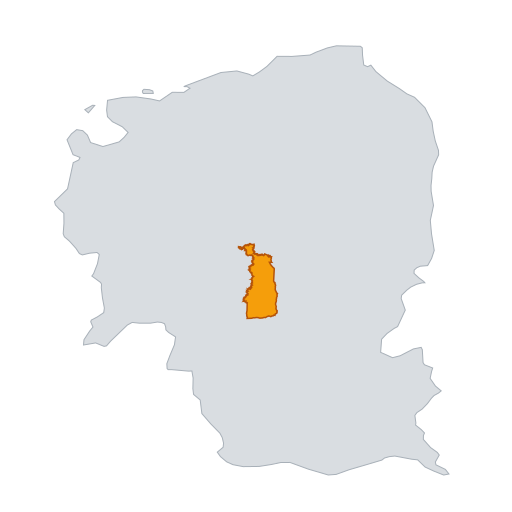 Santuk, Kâmpóng Thum, Cambodia shown in context, rotated 93°
{"feature_id": "14789045B50738302536957", "entity_name": "Santuk", "entity_type": "district", "adm_level": 2, "iso_a3": "KHM", "parent_name": "Cambodia", "parent_adm1": "Kâmpóng Thum", "projection": "natural_earth1", "projection_center": [105.23, 12.591], "detail": "fine", "context": "in_parent", "style": "filled", "palette": "amber", "viewbox_px": 512, "rotation_deg": 93, "n_neighbors": 0, "source": "geoboundaries", "source_scale": "gbopen_adm2", "svg_char_len": 8593}
<svg xmlns="http://www.w3.org/2000/svg" viewBox="0 0 512 512"><g transform="rotate(93 256 256)"><path d="M463.6,51.9L464.9,57.1L461.5,67.1L457.9,76.1L451.1,83.9L450.8,89.7L448.5,106.9L449.4,112.4L451.0,117.1L453.2,119.6L459.2,136.5L464.6,151.9L469.9,164.5L470.9,172.4L466.1,192.6L460.4,211.2L460.9,220.4L463.4,229.7L466.0,242.0L467.0,257.8L465.6,268.1L463.1,274.5L458.2,281.0L453.9,284.4L448.7,278.8L444.6,278.6L439.1,280.2L434.8,282.8L426.0,292.4L416.2,301.8L402.7,304.2L397.5,311.1L391.8,312.1L381.2,312.4L374.2,314.0L374.5,317.5L373.9,334.0L374.1,337.8L373.0,338.9L368.2,339.4L360.0,336.8L348.9,332.8L341.0,332.1L336.9,339.3L334.5,342.1L331.5,342.5L328.4,343.8L327.3,347.0L327.1,351.0L328.6,357.9L329.2,368.8L328.8,376.2L331.7,380.9L348.6,396.7L353.6,400.6L354.2,403.0L351.2,411.6L353.9,423.6L348.6,423.4L339.7,418.2L335.5,415.1L330.3,417.6L328.6,417.1L325.1,411.2L320.5,405.1L315.9,404.7L306.0,407.1L295.9,408.8L292.1,408.8L290.5,409.9L284.6,418.9L282.2,417.3L272.0,413.9L262.7,412.6L260.8,414.9L261.9,422.3L264.0,429.5L262.8,432.5L257.7,436.3L250.9,443.1L246.8,448.4L243.9,449.7L233.6,449.5L223.4,450.1L219.3,455.1L215.5,459.0L212.2,460.1L198.8,447.7L172.3,443.4L169.4,438.0L166.8,436.9L164.4,444.0L149.8,450.8L143.7,446.7L139.2,441.7L139.9,435.6L144.1,430.7L151.4,427.1L154.7,414.6L149.2,398.6L144.4,393.9L139.3,390.2L134.0,396.2L129.4,406.4L124.7,411.6L118.1,412.8L108.3,412.4L104.6,397.1L103.4,384.1L104.7,369.2L106.2,360.4L96.9,348.2L96.4,336.6L91.9,330.7L90.5,333.7L90.6,337.0L89.4,334.6L74.6,300.6L72.2,284.8L74.8,272.7L76.3,268.6L72.0,262.2L66.1,255.0L55.5,245.4L54.8,230.4L52.5,212.6L49.3,206.7L44.5,195.7L41.9,186.7L41.1,162.7L42.5,160.8L50.0,160.1L59.6,158.4L61.1,154.5L59.4,151.3L65.6,145.9L74.5,134.0L81.3,121.6L86.2,113.8L89.2,106.0L99.1,95.0L112.8,87.3L122.1,85.6L131.7,83.0L141.0,79.3L145.4,78.9L156.9,83.4L163.1,84.5L169.6,84.5L176.4,84.9L182.2,84.5L196.3,81.4L211.3,83.8L224.6,81.9L241.1,78.3L249.2,80.5L256.6,84.1L257.6,91.4L259.3,94.8L261.8,97.3L265.1,97.3L269.3,92.2L272.8,87.0L273.9,86.0L274.1,88.6L275.9,94.3L279.0,99.9L282.2,103.6L287.5,108.5L290.9,108.8L302.2,104.1L319.1,110.9L321.1,114.3L326.6,121.2L332.5,126.2L345.7,126.5L350.4,114.3L348.1,106.9L340.6,94.0L338.6,86.3L340.9,85.0L353.7,83.6L355.8,82.1L358.6,73.7L362.0,74.6L369.1,75.7L376.5,70.0L381.0,64.0L383.4,66.7L386.0,70.9L388.9,73.4L394.3,77.0L400.2,82.1L403.9,87.1L406.9,89.0L414.4,87.6L416.5,87.8L420.8,81.8L423.9,78.5L426.5,79.4L430.4,79.3L438.2,71.6L442.7,64.6L445.2,62.6L452.3,66.1L455.1,65.4L459.2,55.7L463.6,51.9ZM99.6,377.1L98.2,378.0L96.8,378.0L95.4,376.6L95.5,371.1L96.6,367.7L99.0,367.1L99.6,377.1ZM121.8,430.9L118.8,434.6L114.0,427.0L114.1,424.9L121.8,430.9Z" fill="#d9dde1" stroke="#a8b0b8" stroke-width="1"/><path d="M318.8,261.6L318.4,257.0L317.8,255.5L317.8,254.1L317.4,252.5L317.4,250.5L317.8,249.5L317.8,248.4L317.5,246.1L316.9,244.7L317.0,243.3L315.9,241.8L315.6,240.8L315.3,240.5L315.3,239.4L315.8,238.0L315.2,237.3L314.8,235.6L314.3,235.4L314.1,235.1L314.3,234.0L312.7,233.6L312.5,232.9L311.9,232.2L310.9,232.3L310.8,232.0L310.0,232.2L309.8,232.0L309.4,232.1L309.3,232.4L308.2,233.1L307.9,233.0L307.2,233.4L305.6,233.1L303.4,233.9L302.8,234.0L301.8,233.8L301.5,233.9L300.8,233.5L299.6,233.3L298.1,233.5L297.6,233.3L296.2,233.3L295.3,232.8L293.0,233.0L292.5,232.6L291.6,233.5L289.0,234.9L288.7,234.9L288.4,235.1L285.9,235.0L285.3,235.2L284.6,234.9L284.1,234.9L283.6,235.3L283.0,235.2L282.7,235.6L282.2,235.8L281.5,235.7L281.2,236.2L281.1,236.6L280.2,237.1L267.8,237.1L266.9,237.7L266.8,238.1L264.8,240.1L263.6,241.1L261.6,242.3L261.5,240.0L261.2,240.3L258.6,240.9L257.1,240.5L256.6,240.9L256.0,240.6L256.1,241.9L255.5,241.5L254.8,242.0L254.8,242.5L255.3,243.5L255.6,243.4L255.9,242.6L256.0,242.5L256.2,243.4L255.7,243.6L255.3,244.3L254.5,244.2L254.6,244.4L253.5,247.4L254.5,247.7L254.7,248.1L255.1,248.3L254.2,249.3L254.4,249.7L254.8,249.7L254.9,249.9L254.7,250.4L254.1,250.4L254.2,250.6L254.5,250.7L254.7,251.0L254.2,251.2L254.5,251.8L254.9,251.5L255.1,251.7L255.1,252.1L254.5,252.6L254.8,253.0L255.3,252.9L255.4,253.7L255.1,253.6L255.3,254.0L255.0,254.1L255.0,254.4L254.7,254.2L254.6,254.7L254.1,254.3L253.7,254.8L253.8,255.0L253.6,255.4L253.8,256.0L254.0,256.1L253.8,256.7L254.2,256.8L254.2,257.5L253.9,257.7L253.6,257.5L253.1,257.5L253.0,258.0L253.4,258.2L253.4,258.6L252.9,258.3L252.6,257.9L252.3,258.1L252.1,257.9L252.1,257.6L251.7,257.5L251.2,258.4L251.5,258.5L252.0,258.0L251.9,258.3L250.9,259.2L250.5,258.8L250.3,259.2L249.9,259.3L249.7,259.7L249.1,259.5L248.9,259.1L248.7,259.1L248.6,258.6L248.0,258.6L247.8,259.1L247.6,258.6L247.2,258.8L246.8,258.4L246.4,258.7L245.6,258.2L245.0,258.6L244.4,258.5L244.4,258.9L245.0,259.6L244.5,260.8L244.8,261.4L244.8,261.6L244.5,261.9L244.5,262.2L244.1,262.3L243.9,262.7L244.2,263.3L244.8,263.4L245.1,263.8L245.6,263.6L246.1,264.2L246.1,264.4L245.0,264.7L245.0,264.9L245.4,265.3L245.4,265.8L245.7,266.0L245.6,266.3L246.0,266.2L246.2,266.4L245.7,267.0L245.8,267.2L246.2,267.1L246.3,267.6L246.1,268.0L246.9,268.6L247.8,268.3L247.7,269.0L248.0,269.1L247.8,269.5L248.2,270.1L248.0,270.6L248.1,271.2L248.0,271.8L247.6,272.1L247.7,272.6L247.6,273.0L247.9,273.5L247.7,273.9L248.0,273.9L248.2,273.6L248.6,273.8L249.0,273.0L249.2,272.8L249.3,273.0L249.6,272.8L249.7,271.9L249.7,271.7L249.8,271.4L249.9,271.5L250.2,271.1L249.8,271.0L250.0,270.8L249.8,270.6L250.0,270.6L250.1,270.3L250.0,269.9L249.0,269.2L249.2,268.4L249.1,267.9L249.3,267.8L249.2,267.7L249.6,267.3L249.5,267.2L249.7,266.9L250.1,266.7L250.2,266.4L250.5,266.6L250.3,267.1L250.7,267.3L250.9,267.0L251.1,267.2L251.1,266.7L251.4,266.4L251.1,266.2L251.3,265.8L252.3,265.9L252.5,265.7L252.8,265.7L253.1,266.0L253.4,266.1L253.8,265.7L254.3,266.1L254.6,265.9L254.9,265.4L255.1,265.5L255.2,265.0L255.4,265.0L255.4,264.7L255.6,264.3L256.0,264.2L256.0,263.6L255.4,262.4L255.7,261.3L255.2,260.9L255.6,260.5L255.4,259.8L255.5,259.3L256.1,259.4L256.3,259.2L256.4,259.4L256.7,259.1L257.2,259.2L257.2,258.8L257.4,258.6L257.4,258.8L257.9,258.8L258.3,258.3L258.6,258.4L258.7,258.6L258.8,258.3L259.2,258.0L259.8,258.3L260.2,258.7L260.1,259.1L260.6,259.7L261.0,259.6L261.2,259.8L261.5,259.3L261.8,259.7L262.1,259.8L262.5,259.6L262.6,259.1L263.6,258.6L263.5,258.3L263.7,258.0L264.3,257.8L264.6,258.0L264.3,258.3L264.5,258.4L264.3,258.8L264.4,259.3L264.7,259.5L264.8,259.3L265.0,259.4L265.3,259.2L265.3,260.0L265.6,259.9L265.6,260.2L266.5,260.7L266.2,261.2L266.3,261.3L266.7,261.2L266.6,262.1L266.8,262.3L267.2,261.4L267.3,261.6L267.6,261.7L267.6,262.0L267.9,262.2L268.4,261.7L268.9,262.0L269.3,261.2L269.5,261.5L269.8,261.5L270.0,262.0L270.3,261.4L270.6,261.2L271.0,261.3L271.0,261.6L271.2,261.3L271.7,261.4L272.6,260.7L272.5,259.9L272.9,259.3L273.1,259.2L273.8,259.7L274.2,259.1L275.4,259.0L275.4,258.7L276.1,258.1L276.5,258.2L276.4,257.3L276.5,257.2L277.8,258.9L278.3,258.8L278.7,259.0L278.7,259.6L279.0,259.0L279.3,259.5L279.3,259.2L279.9,259.0L280.5,259.7L280.2,258.9L281.1,258.2L281.6,258.6L282.3,258.9L282.5,258.7L282.4,258.4L282.5,258.3L282.8,258.2L282.8,258.6L283.2,258.9L283.5,258.6L283.9,258.7L284.0,258.5L284.0,259.1L284.8,258.5L285.1,258.7L285.0,259.3L285.6,259.4L285.4,259.1L285.5,258.5L285.8,258.9L286.6,258.9L286.6,258.7L286.9,259.3L287.0,259.0L287.6,258.7L287.7,258.8L287.6,259.1L287.9,260.1L288.3,259.8L288.4,259.3L288.5,259.4L288.3,260.3L288.6,260.1L288.9,260.3L289.0,259.8L289.4,259.8L289.6,260.1L289.3,260.7L288.8,260.9L289.0,261.4L288.8,261.6L289.2,261.8L289.3,262.3L289.8,262.2L289.9,262.4L289.7,262.7L290.3,262.5L290.5,262.9L290.7,263.0L291.3,262.4L291.3,262.7L290.9,263.2L290.9,263.5L291.3,263.3L291.5,262.8L291.9,262.9L292.0,262.8L292.3,263.4L292.4,263.2L292.6,263.4L292.7,263.1L292.9,263.1L293.0,262.6L293.0,262.8L293.2,262.7L293.7,262.8L293.8,262.5L294.1,262.8L294.4,262.6L294.2,262.4L294.4,262.3L294.6,262.6L294.7,262.1L294.9,262.1L294.8,262.3L295.0,262.7L294.9,262.3L295.2,262.4L295.4,262.9L295.6,262.8L295.7,263.1L296.0,263.3L295.7,263.3L295.8,263.9L296.2,263.6L296.5,263.9L296.6,264.2L296.8,264.3L296.9,264.7L296.9,264.3L297.3,264.1L297.5,264.5L297.8,264.6L297.6,264.9L297.6,265.5L297.8,265.6L297.8,265.2L298.0,265.0L298.4,265.1L298.5,265.4L299.0,265.7L298.6,265.8L298.7,266.2L299.6,266.3L299.8,266.1L300.0,266.2L300.0,265.9L300.7,266.1L300.8,265.8L301.0,265.8L301.0,266.0L301.1,265.7L301.3,265.9L301.4,265.5L301.7,265.8L301.6,265.4L301.9,265.4L302.0,265.2L301.7,265.0L302.2,264.9L302.3,264.4L302.1,264.1L302.4,264.2L302.5,264.1L302.7,263.5L302.8,263.8L302.8,263.6L303.0,263.5L302.9,263.3L303.2,263.2L303.2,262.9L303.4,262.9L303.6,262.3L310.8,262.1L313.8,262.5L315.3,262.1L316.4,262.1L317.4,261.5L318.8,261.6Z" fill="#f59e0b" stroke="#b45309" stroke-width="1.5"/></g></svg>